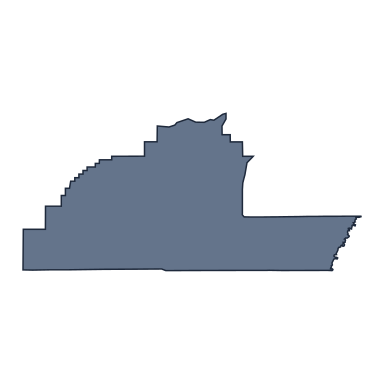 Carbon, Montana, United States of America
{"feature_id": "52423323B43555697098429", "entity_name": "Carbon", "entity_type": "district", "adm_level": 2, "iso_a3": "USA", "parent_name": "United States of America", "parent_adm1": "Montana", "projection": "robinson", "projection_center": [-108.599, 45.319], "detail": "fine", "context": "isolated", "style": "filled", "palette": "slate", "viewbox_px": 384, "rotation_deg": 0, "n_neighbors": 0, "source": "geoboundaries", "source_scale": "gbopen_adm2", "svg_char_len": 2230}
<svg xmlns="http://www.w3.org/2000/svg" viewBox="0 0 384 384"><path d="M23.0,269.9L32.6,270.1L49.9,269.8L67.8,269.8L105.3,269.3L107.4,269.3L128.6,269.2L129.8,269.2L161.7,269.0L165.8,270.6L169.9,270.6L192.3,270.5L245.6,270.4L257.9,270.4L266.5,270.4L269.0,270.3L282.0,270.5L327.8,270.4L332.1,270.6L332.7,270.1L332.9,269.4L332.2,268.8L331.3,268.9L330.5,268.8L330.7,267.9L331.4,267.2L331.4,266.4L331.3,265.8L331.9,265.6L332.4,264.9L332.1,264.1L332.1,262.6L333.0,260.9L333.8,259.2L335.1,258.7L336.4,258.8L337.1,259.0L337.7,258.0L336.7,257.3L335.3,257.2L334.1,256.5L334.0,255.7L334.4,254.8L335.3,254.8L336.5,254.6L336.1,253.7L337.1,251.8L337.9,250.1L338.1,248.3L339.1,247.2L339.7,247.4L340.7,246.8L341.0,245.5L342.1,245.1L342.0,245.6L343.0,246.3L344.2,245.8L344.5,244.8L343.8,243.6L343.0,243.2L343.2,242.3L344.1,242.8L345.2,242.1L345.1,241.3L345.5,240.2L345.1,239.2L344.5,239.0L345.6,238.0L347.1,238.1L348.7,237.0L349.2,236.4L349.0,235.6L348.4,235.2L347.6,234.6L348.1,233.9L347.5,232.4L347.7,231.0L348.5,230.7L349.4,230.7L349.3,229.7L348.4,229.2L348.3,228.4L349.0,228.2L349.9,228.1L350.3,228.7L351.5,229.0L351.6,228.2L352.1,226.3L352.1,225.4L353.1,224.9L354.1,225.7L355.2,225.8L355.4,224.8L354.5,224.5L353.6,223.4L353.3,222.7L353.9,222.7L355.2,221.9L354.8,221.4L355.3,219.5L356.3,219.0L356.0,217.7L355.9,217.3L357.4,217.3L359.2,217.3L361.0,216.7L360.9,216.2L356.2,216.2L347.4,216.2L336.0,216.3L323.9,216.3L317.4,216.4L308.8,216.4L298.5,216.6L289.3,216.7L281.5,216.8L275.6,216.9L272.1,216.9L262.1,217.0L250.3,217.0L245.5,216.9L244.1,216.9L242.3,214.8L242.4,213.0L242.4,199.5L242.4,189.4L242.8,182.9L243.9,178.5L244.9,174.8L247.0,162.7L252.0,157.6L253.2,156.3L242.7,156.3L242.4,141.9L230.3,141.9L230.2,134.7L222.1,134.7L222.0,126.0L226.0,119.0L226.0,113.4L222.7,114.3L213.9,120.2L210.3,119.6L204.3,122.3L195.8,122.2L188.1,118.8L176.9,122.6L174.8,125.1L169.0,127.0L157.3,126.0L157.1,141.8L144.5,141.8L144.5,156.2L111.7,156.3L111.7,159.8L99.4,159.8L99.3,163.4L95.3,163.4L95.3,167.0L87.1,167.0L87.1,170.5L83.0,170.5L83.0,174.1L78.9,174.1L78.9,177.7L74.8,177.7L74.8,181.2L70.7,181.2L69.5,188.3L65.4,188.3L65.4,195.5L61.3,195.5L61.3,206.2L45.5,206.2L45.4,229.3L23.3,229.3L23.0,269.9Z" fill="#64748b" stroke="#1e293b" stroke-width="1.5"/></svg>